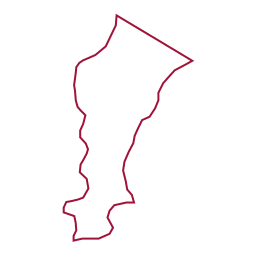 outline of Agridaki, Cyprus
{"feature_id": "46923920B13856899738172", "entity_name": "Agridaki", "entity_type": "district", "adm_level": 2, "iso_a3": "CYP", "parent_name": "Cyprus", "parent_adm1": "", "projection": "mercator", "projection_center": [33.151, 35.3], "detail": "fine", "context": "isolated", "style": "outline", "palette": "rose", "viewbox_px": 256, "rotation_deg": 0, "n_neighbors": 0, "source": "geoboundaries", "source_scale": "gbopen_adm2", "svg_char_len": 887}
<svg xmlns="http://www.w3.org/2000/svg" viewBox="0 0 256 256"><path d="M63.7,212.4L74.3,216.1L75.7,222.9L76.3,230.4L73.6,235.9L73.6,240.6L82.4,238.6L89.2,238.6L98.7,238.6L109.6,233.8L113.0,227.7L107.5,217.5L109.6,210.7L114.3,205.2L126.5,202.5L134.0,202.5L131.9,195.0L127.2,189.5L125.8,181.4L123.1,170.5L124.5,161.6L128.6,152.1L133.3,143.2L134.7,135.7L138.1,128.2L142.1,120.1L149.6,116.7L155.0,108.5L158.4,100.3L158.4,92.8L163.1,83.3L167.9,77.8L174.7,70.3L186.2,64.2L192.3,60.8L116.6,15.4L115.8,25.4L111.0,35.4L105.8,46.3L95.4,55.0L83.2,60.3L79.3,62.9L76.3,67.2L75.8,72.5L75.0,78.6L74.1,85.1L75.0,90.8L75.8,100.4L77.6,106.9L80.6,110.4L85.4,115.2L83.2,123.9L80.2,130.5L80.2,137.4L85.8,143.5L88.0,149.2L86.7,153.6L83.2,160.1L80.6,164.5L79.8,172.3L86.7,178.9L88.4,188.5L83.2,197.6L78.4,199.4L71.5,201.1L66.3,202.0L63.7,207.6L63.7,212.4Z" fill="none" stroke="#9f1239" stroke-width="2"/></svg>